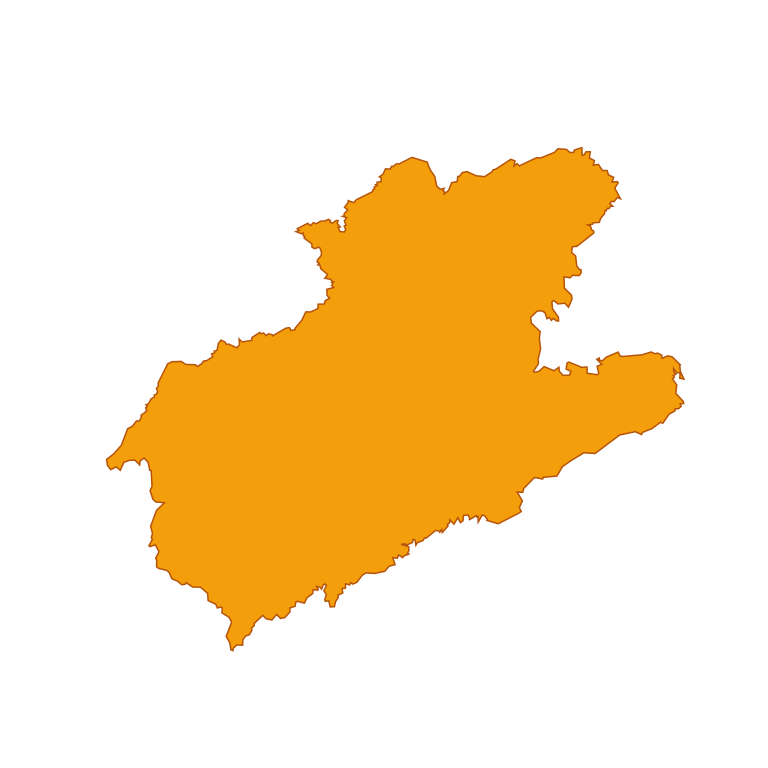 Tuzantla, Michoacán, Mexico (orthographic projection), rotated 252°
{"feature_id": "50627088B6449807032479", "entity_name": "Tuzantla", "entity_type": "district", "adm_level": 2, "iso_a3": "MEX", "parent_name": "Mexico", "parent_adm1": "Michoacán", "projection": "orthographic", "projection_center": [-100.59, 19.224], "detail": "fine", "context": "isolated", "style": "filled", "palette": "amber", "viewbox_px": 768, "rotation_deg": 252, "n_neighbors": 0, "source": "geoboundaries", "source_scale": "gbopen_adm2", "svg_char_len": 6168}
<svg xmlns="http://www.w3.org/2000/svg" viewBox="0 0 768 768"><g transform="rotate(252 384 384)"><path d="M547.7,637.4L545.7,635.9L546.6,632.4L550.7,630.1L554.0,622.0L551.6,617.8L550.6,602.8L552.1,599.0L549.6,580.0L552.5,578.6L551.1,575.1L555.8,577.5L558.5,573.9L553.8,556.7L554.0,553.8L552.5,552.6L550.1,543.8L553.5,536.1L560.4,528.5L560.9,523.9L558.2,519.8L558.6,518.3L553.9,516.1L554.6,510.6L548.1,505.2L546.2,500.0L548.1,500.9L549.8,499.8L551.4,501.7L551.9,497.6L556.1,495.3L565.8,496.4L573.9,494.0L581.7,493.6L590.9,480.6L588.7,466.8L589.5,463.3L588.0,460.2L588.7,458.4L586.4,456.5L588.2,451.9L583.9,448.0L582.5,443.6L581.3,445.0L577.4,443.9L578.0,439.7L576.4,439.6L576.2,437.6L574.9,438.6L574.4,435.6L572.7,435.5L572.3,433.6L570.5,432.7L567.8,414.5L565.8,411.4L569.4,406.6L568.1,406.4L564.2,401.0L560.8,403.4L558.3,398.7L556.2,398.2L556.3,396.5L553.8,399.9L551.3,396.6L546.9,397.1L546.6,395.0L542.8,395.3L540.8,393.2L542.6,389.3L547.3,388.7L546.8,390.9L551.0,389.1L553.6,390.8L554.3,388.9L552.9,384.9L554.3,382.7L555.7,383.6L557.8,382.1L557.3,378.0L558.5,374.2L557.4,369.0L559.3,366.6L557.3,363.0L560.4,361.1L558.5,349.5L556.3,350.8L556.1,347.4L552.4,352.0L552.5,353.7L549.9,353.2L548.9,354.2L547.5,353.1L539.6,358.6L536.3,357.8L534.1,360.0L534.3,364.2L533.0,365.1L528.6,365.3L525.5,363.9L522.5,359.0L520.5,358.2L519.1,359.6L517.7,357.9L517.3,359.8L513.2,359.5L506.4,363.7L505.1,363.7L502.9,360.4L500.2,365.3L497.6,366.7L497.0,365.8L496.6,367.5L494.0,364.7L491.3,365.9L491.7,358.9L485.7,357.2L482.4,358.8L481.5,354.0L478.5,351.7L480.3,345.9L476.2,344.6L475.2,336.4L476.8,332.0L470.1,325.6L464.5,316.7L463.2,316.3L463.7,311.7L466.0,312.0L467.0,310.9L467.4,307.7L464.2,293.0L465.5,292.9L467.4,289.6L466.3,287.0L469.7,285.2L469.8,282.5L471.4,281.8L469.0,272.7L466.3,271.7L467.9,262.1L471.5,260.1L466.0,258.7L463.9,255.2L469.9,248.7L470.3,246.4L473.2,245.7L476.1,242.5L473.8,239.0L467.7,235.7L467.6,232.6L465.9,232.4L466.0,229.3L462.8,229.5L461.0,222.5L461.6,219.4L459.6,217.1L458.3,211.9L460.6,210.6L463.9,201.4L468.1,198.2L470.7,189.3L470.1,184.6L454.7,169.4L452.0,168.9L450.1,166.2L447.1,166.4L444.6,164.6L444.6,162.3L442.5,161.4L441.8,157.8L438.1,154.2L437.8,151.1L435.7,151.9L435.0,150.0L431.7,150.1L429.3,143.3L426.8,142.7L424.5,139.7L425.3,137.1L421.7,131.8L420.6,126.3L407.0,115.4L401.1,105.5L398.0,96.8L392.0,95.9L387.0,97.6L387.9,103.8L383.4,106.5L389.9,112.4L390.1,118.1L388.6,123.6L382.5,126.6L386.3,128.4L387.7,133.0L382.4,135.4L374.2,134.6L373.5,135.8L358.5,131.8L354.8,128.6L345.8,128.6L342.4,130.5L338.9,138.5L334.2,128.7L320.8,118.1L313.4,117.6L309.7,115.2L307.8,115.7L302.8,110.4L301.7,111.2L301.7,116.8L294.0,118.2L288.7,112.9L287.1,113.5L280.4,111.2L278.3,112.6L273.8,119.9L270.9,121.5L264.2,122.1L260.5,126.6L255.6,129.6L255.0,133.0L256.2,134.4L250.0,139.3L247.5,146.6L239.5,151.6L232.4,149.8L226.5,156.0L222.5,156.3L222.3,159.8L220.9,161.0L216.4,159.1L210.1,164.5L205.8,165.4L204.0,165.1L192.8,155.9L185.5,157.4L178.4,156.3L177.1,158.0L179.1,158.8L181.3,163.2L179.3,168.9L184.1,170.5L187.0,174.2L187.1,178.4L190.5,182.2L192.6,182.4L194.4,186.0L196.3,186.5L201.4,197.2L197.1,199.4L194.2,204.5L198.0,210.6L193.0,213.2L192.5,217.3L196.2,224.0L200.1,225.4L200.1,230.8L203.8,232.7L204.0,234.6L200.2,240.6L204.5,244.7L206.7,251.4L210.4,253.2L208.4,257.1L208.9,258.0L212.3,257.3L210.5,260.4L208.2,261.3L211.6,264.0L212.2,265.8L210.4,267.1L205.8,262.9L201.9,264.1L196.8,260.9L195.3,261.1L195.0,264.5L188.6,263.9L187.6,268.1L191.9,270.6L195.1,274.5L197.4,274.9L198.0,280.2L202.3,280.9L201.8,284.3L205.9,285.7L203.5,289.3L205.4,290.9L203.3,292.6L203.8,296.9L208.9,304.3L209.8,308.9L206.8,316.3L205.6,326.8L209.1,332.5L208.8,338.7L216.2,338.7L214.2,342.7L216.9,345.1L213.0,348.2L214.3,349.2L214.6,355.1L215.9,354.1L217.9,356.2L221.6,357.2L226.3,350.7L225.4,354.8L223.8,356.3L224.5,362.1L227.2,363.7L225.9,365.4L220.9,364.5L222.8,366.7L223.1,372.8L225.2,375.1L224.4,376.6L228.8,387.8L227.3,390.8L225.8,391.2L227.8,393.8L224.7,393.5L229.2,401.0L230.9,401.0L231.6,403.4L234.5,404.6L229.1,407.2L234.0,412.9L228.6,413.8L229.5,416.8L234.6,419.2L233.4,423.4L229.1,424.1L228.4,422.7L230.3,431.2L228.7,431.3L228.8,432.5L223.6,430.9L229.1,437.0L227.3,439.1L223.0,440.6L222.4,439.8L215.8,449.4L219.3,471.3L220.3,475.1L224.6,474.5L230.1,479.5L240.1,477.2L238.1,482.5L241.4,484.5L248.1,497.2L248.3,498.9L244.6,505.5L246.0,506.8L243.0,520.0L250.3,528.2L253.4,538.4L256.8,552.8L252.7,563.3L262.7,592.5L261.0,608.3L256.3,613.3L258.1,614.9L258.8,625.2L262.2,635.2L260.5,637.0L267.2,645.8L268.5,652.4L270.4,653.0L269.5,656.6L271.0,659.7L273.7,659.6L272.8,663.0L274.7,663.3L284.9,658.6L292.6,662.1L299.8,659.9L300.7,662.3L302.6,661.7L303.2,664.6L305.9,663.3L309.2,664.2L304.1,665.9L303.3,669.1L298.0,667.1L296.0,670.8L304.0,669.7L311.2,671.1L310.0,672.1L320.8,666.4L323.1,662.6L322.5,656.5L325.8,657.0L328.9,653.6L328.9,651.3L331.9,647.9L332.0,638.6L336.4,619.6L337.6,617.3L342.0,616.5L340.9,603.8L338.6,598.9L340.0,596.3L342.2,596.7L341.7,594.0L335.3,597.3L335.1,592.2L327.7,591.5L326.8,589.9L331.4,580.6L337.5,582.3L338.7,577.2L347.8,566.5L347.3,564.5L341.9,561.8L338.3,565.7L335.1,563.2L336.8,557.0L341.9,554.7L345.9,555.5L344.0,549.8L351.1,541.7L348.2,535.4L348.6,530.6L349.9,530.0L355.7,537.3L359.8,538.1L369.0,543.8L378.9,545.7L385.7,548.7L396.4,542.9L402.1,544.1L406.0,552.2L404.9,556.5L402.3,559.1L395.7,559.2L396.3,561.8L392.8,562.9L394.1,565.2L390.5,567.8L390.0,569.5L393.6,570.5L403.5,567.5L410.4,569.1L410.9,571.2L406.4,574.2L404.9,581.0L400.0,583.2L406.8,589.1L410.6,589.8L419.3,585.2L430.3,588.3L427.5,593.8L429.1,597.0L426.8,603.1L428.6,605.7L431.8,606.7L432.7,605.1L436.8,603.8L446.5,605.8L451.1,603.0L456.4,605.7L455.3,610.0L462.9,630.3L464.8,630.6L466.8,628.9L470.4,629.3L472.3,626.9L471.6,631.9L472.6,632.6L471.2,638.8L474.4,641.0L477.8,646.3L480.7,647.8L480.1,648.9L482.1,650.5L481.3,652.4L483.0,654.2L482.4,656.5L486.0,654.4L487.4,657.2L486.3,659.0L489.3,663.6L487.1,666.1L498.9,664.0L503.1,668.9L504.4,668.4L505.6,663.3L509.6,666.3L513.5,662.1L518.1,662.2L519.4,657.8L526.6,655.8L527.4,650.7L531.4,653.2L535.5,649.1L541.1,652.0L542.4,647.8L540.0,645.0L540.1,643.1L547.6,645.2L547.7,637.4Z" fill="#f59e0b" stroke="#b45309" stroke-width="1.5"/></g></svg>